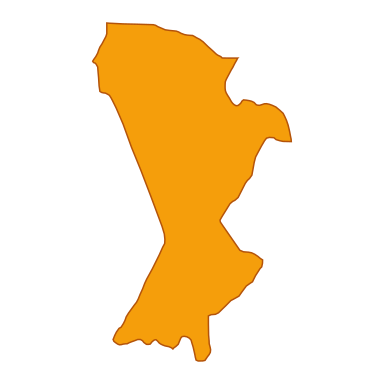 outline of Sèbè-Brikolo, Haut-Ogooué, Gabon
{"feature_id": "22940354B60180935649619", "entity_name": "Sèbè-Brikolo", "entity_type": "district", "adm_level": 2, "iso_a3": "GAB", "parent_name": "Gabon", "parent_adm1": "Haut-Ogooué", "projection": "equal_earth", "projection_center": [13.691, -0.557], "detail": "fine", "context": "isolated", "style": "filled", "palette": "amber", "viewbox_px": 384, "rotation_deg": 0, "n_neighbors": 0, "source": "geoboundaries", "source_scale": "gbopen_adm2", "svg_char_len": 2974}
<svg xmlns="http://www.w3.org/2000/svg" viewBox="0 0 384 384"><path d="M106.8,23.0L106.8,28.9L106.8,33.7L105.9,36.5L104.2,39.7L102.1,43.7L99.9,47.1L98.6,50.3L97.7,53.1L95.8,56.6L93.8,59.4L92.7,61.2L93.5,62.5L95.3,63.2L96.2,64.3L97.7,67.0L98.1,72.3L98.6,77.9L99.1,85.9L99.9,91.4L101.5,92.4L103.5,92.9L105.4,93.1L107.4,94.1L109.4,95.3L111.0,97.8L112.5,100.6L116.2,108.1L123.1,124.1L131.5,147.3L140.8,170.1L151.1,197.0L162.1,226.5L164.3,233.9L164.9,239.4L164.7,243.5L162.7,247.2L159.3,254.8L152.3,268.9L146.7,279.1L144.7,283.4L142.6,288.9L140.1,294.4L138.2,299.1L136.5,302.3L134.3,305.1L128.5,313.1L126.2,316.9L125.0,320.4L123.4,323.6L121.1,327.2L119.0,328.4L116.4,332.1L114.7,335.5L113.3,339.1L113.1,339.3L113.8,341.2L115.1,342.3L116.6,343.4L118.1,344.3L119.6,344.8L121.5,344.6L123.2,344.1L125.6,343.8L127.1,343.8L129.2,342.7L131.5,341.8L134.6,340.7L137.7,339.5L140.4,339.5L142.5,340.7L143.9,342.5L146.4,344.3L148.2,344.4L150.2,344.1L151.1,343.0L152.1,341.7L154.3,340.0L156.0,339.7L157.6,341.1L159.2,343.0L160.8,344.1L162.9,345.1L165.1,345.9L169.0,346.7L171.5,347.8L172.9,349.0L173.9,347.8L175.8,346.5L178.2,344.3L179.4,341.4L180.8,338.0L182.1,336.6L184.2,336.3L186.9,336.8L189.4,338.2L191.1,340.1L191.9,343.0L193.1,346.9L194.2,351.6L194.9,354.8L195.3,357.1L196.1,360.1L198.2,361.0L202.8,360.9L205.0,360.4L207.2,357.1L209.1,354.6L210.3,352.4L210.6,349.7L210.1,347.1L209.2,343.7L209.1,340.9L208.6,335.1L208.5,329.5L208.4,323.8L208.4,315.9L211.0,314.7L215.4,314.3L218.5,312.8L222.8,308.6L226.2,305.3L230.8,300.6L233.8,299.0L239.0,296.1L241.5,292.5L246.3,286.0L250.4,283.1L252.5,281.8L253.6,279.5L255.5,275.7L260.1,268.5L261.7,266.9L262.5,263.2L262.6,259.9L260.4,258.5L257.9,256.4L254.6,254.2L251.6,252.8L248.6,252.2L243.5,251.8L239.9,250.3L222.4,225.1L220.4,222.1L220.0,220.1L222.0,216.6L230.0,203.7L232.7,201.4L234.9,200.3L238.1,197.5L245.3,183.3L247.4,180.4L249.5,178.5L251.9,175.1L253.3,167.4L254.2,162.4L255.6,157.0L257.8,152.8L261.4,146.1L264.5,140.8L266.5,138.2L269.3,137.4L273.9,137.7L276.1,139.6L279.7,140.7L283.0,141.4L291.3,141.6L291.1,139.1L290.5,136.2L289.6,131.5L289.0,128.8L288.1,125.1L286.5,120.4L284.6,116.2L283.1,113.3L279.6,110.1L275.9,107.0L272.2,105.3L269.1,104.2L266.5,103.7L264.3,103.8L262.2,104.5L259.7,105.3L257.7,105.2L256.2,104.7L255.1,103.5L254.0,102.4L251.7,101.3L249.5,100.7L246.6,100.2L243.5,99.9L241.8,101.3L241.2,102.6L239.6,104.3L238.0,105.5L236.1,105.7L234.3,104.8L232.7,103.4L231.4,101.7L229.3,98.0L227.5,95.2L226.1,92.7L225.4,90.7L225.1,88.2L225.1,84.8L225.3,81.8L226.2,79.5L227.7,76.6L229.2,73.8L231.2,70.0L232.9,67.2L234.7,63.6L236.7,60.1L237.5,58.3L237.7,58.1L229.2,58.1L222.2,58.0L220.8,56.6L217.6,55.1L215.9,53.8L213.6,51.6L210.5,48.8L208.0,46.6L203.2,41.9L199.8,39.4L196.3,37.6L194.7,36.6L192.6,35.5L189.4,35.3L187.2,35.1L184.5,34.6L181.0,33.3L178.7,32.0L176.2,31.1L169.3,30.4L165.2,29.8L162.2,28.5L157.9,26.7L155.6,25.3L153.2,24.7L136.2,24.2L123.0,23.9L109.1,23.2L106.8,23.0Z" fill="#f59e0b" stroke="#b45309" stroke-width="1.5"/></svg>